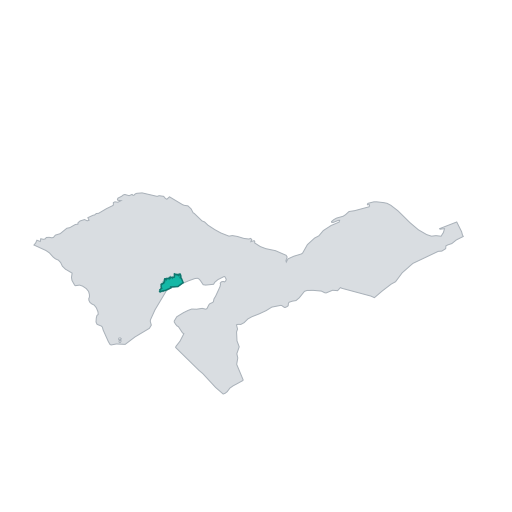 Mecanhelas, Niassa, Mozambique shown in context, rotated 245°
{"feature_id": "85939544B26392807278532", "entity_name": "Mecanhelas", "entity_type": "district", "adm_level": 2, "iso_a3": "MOZ", "parent_name": "Mozambique", "parent_adm1": "Niassa", "projection": "robinson", "projection_center": [36.247, -14.939], "detail": "fine", "context": "in_parent", "style": "filled", "palette": "teal", "viewbox_px": 512, "rotation_deg": 245, "n_neighbors": 0, "source": "geoboundaries", "source_scale": "gbopen_adm2", "svg_char_len": 6432}
<svg xmlns="http://www.w3.org/2000/svg" viewBox="0 0 512 512"><g transform="rotate(245 256 256)"><path d="M168.2,345.7L171.1,343.2L190.5,320.1L191.7,319.2L190.1,315.3L192.6,310.9L192.9,303.9L193.6,302.8L196.6,300.4L200.7,293.3L203.2,287.7L203.5,285.0L199.8,277.5L198.7,273.4L199.7,269.9L200.1,266.6L199.6,265.5L197.3,264.1L197.0,262.7L197.0,260.9L197.4,260.0L200.2,258.4L200.8,257.6L203.0,248.7L202.2,242.1L202.2,234.5L202.7,226.6L202.4,222.1L200.6,217.0L200.4,213.3L201.7,210.7L201.9,209.2L197.6,208.4L195.4,206.3L187.1,202.9L180.8,202.4L175.5,197.3L171.3,196.4L166.0,192.7L149.3,192.0L148.7,191.6L148.0,180.3L147.3,176.5L145.2,172.5L144.6,169.8L144.8,167.9L154.0,163.8L172.1,158.0L176.1,156.1L207.0,144.5L207.9,145.2L210.9,151.1L216.1,157.8L217.4,156.9L224.8,155.8L225.9,154.9L228.1,154.3L230.7,154.0L231.6,154.4L234.4,158.5L235.3,166.3L235.4,171.5L235.1,175.3L232.9,179.6L231.3,185.1L229.0,188.0L229.1,189.4L231.7,192.7L232.3,194.1L232.2,196.9L232.6,198.1L234.9,199.8L236.7,202.5L243.4,210.4L245.2,211.8L246.5,212.1L247.2,213.7L246.8,215.5L245.8,216.5L246.2,218.0L247.5,219.2L250.5,219.0L250.9,218.4L250.7,211.5L249.6,207.5L248.3,205.6L250.9,198.1L252.3,196.0L257.4,195.2L259.7,194.4L260.6,193.5L261.4,191.1L262.0,184.5L262.2,178.2L261.7,174.5L262.4,169.0L263.5,165.6L262.9,164.9L262.5,160.3L249.9,141.7L242.8,133.4L241.6,132.6L237.6,131.9L235.5,128.8L233.8,112.2L231.2,100.1L235.3,92.2L236.6,87.1L237.5,86.3L241.0,86.0L253.5,86.2L256.5,86.7L257.9,86.2L261.2,83.1L263.8,83.1L267.4,85.1L269.4,86.8L269.7,88.3L272.2,89.2L276.6,89.4L279.9,88.6L282.0,86.9L284.1,85.9L286.3,85.8L288.0,86.4L289.2,87.7L291.4,88.7L294.6,89.3L298.2,88.4L302.0,86.1L304.2,83.8L305.4,79.8L306.2,79.3L311.6,78.9L314.5,79.7L318.2,82.1L324.6,77.7L328.6,76.2L332.5,76.2L335.7,75.2L338.2,73.0L340.8,71.7L346.1,70.1L349.8,67.9L359.8,59.4L360.9,61.8L362.9,64.1L360.3,66.6L362.6,68.2L360.9,70.5L360.6,72.2L361.4,73.8L360.3,76.5L358.8,78.6L358.4,80.2L359.7,83.0L359.0,88.0L361.1,96.3L360.4,99.1L360.9,105.6L360.1,108.0L361.4,108.8L362.1,111.4L361.5,116.0L359.2,117.9L359.0,119.8L361.8,119.8L361.8,125.5L361.4,127.2L362.0,129.2L361.2,131.3L362.1,140.4L362.2,147.1L362.4,148.2L364.7,149.3L364.7,151.1L363.1,153.5L363.2,157.1L364.9,154.3L365.9,154.3L366.8,155.4L366.9,159.4L367.4,161.4L367.2,163.1L364.3,166.5L364.2,169.7L363.1,170.1L362.6,170.9L363.3,172.8L363.2,174.4L361.3,179.5L351.8,191.6L351.6,193.7L349.1,197.5L346.5,198.2L345.1,199.2L346.2,202.6L333.6,211.1L332.3,212.3L330.2,215.5L326.1,217.1L321.6,217.3L320.8,218.0L310.6,221.9L308.6,223.8L304.2,225.5L297.3,229.8L291.7,233.9L285.4,239.9L284.5,243.2L281.5,247.5L277.0,252.5L274.4,256.7L274.2,258.6L272.6,259.1L271.2,257.4L270.7,260.8L269.6,261.0L268.4,260.3L262.7,263.9L258.5,268.0L252.6,275.9L243.9,283.6L241.9,283.8L239.1,281.1L237.7,280.9L239.9,283.8L239.8,290.2L238.7,297.8L238.9,299.4L244.6,307.4L247.5,316.7L247.7,321.5L250.6,327.7L251.9,336.9L251.6,345.6L253.0,346.9L253.5,345.7L253.8,340.3L254.5,338.8L255.3,339.0L256.1,342.0L256.3,345.1L255.2,351.8L255.6,354.6L257.0,359.1L255.4,364.5L252.8,379.2L253.4,380.1L254.7,380.4L255.2,378.8L255.9,378.8L256.4,379.8L255.3,385.6L254.2,388.1L250.4,394.3L248.4,397.0L245.0,399.6L237.1,403.7L221.2,409.6L211.2,414.2L203.3,419.7L199.8,423.4L198.4,427.7L195.7,432.1L198.1,435.8L201.1,438.4L202.5,434.1L203.2,434.0L202.0,452.3L191.1,452.6L187.9,452.0L186.1,452.1L185.9,444.4L184.5,438.7L185.0,434.6L184.9,432.4L182.5,431.0L181.9,426.5L183.2,423.1L183.0,395.0L179.0,381.4L173.7,371.6L173.4,366.7L171.0,355.8L168.2,345.7ZM238.0,99.0L239.3,98.3L239.5,96.9L238.7,96.3L237.9,96.4L237.6,98.6L238.0,99.0ZM237.1,96.5L236.1,95.5L235.3,95.8L235.0,96.6L235.9,97.8L236.7,97.8L237.1,96.5Z" fill="#d9dde1" stroke="#a8b0b8" stroke-width="1"/><path d="M268.7,157.2L268.0,157.1L267.3,156.9L266.8,156.8L266.7,156.8L266.8,156.6L266.9,156.4L266.5,156.1L266.4,156.0L266.3,155.9L266.3,155.6L266.1,155.2L266.1,154.9L266.0,154.6L265.9,154.6L265.7,154.6L265.4,154.5L265.1,154.4L264.9,154.1L264.7,153.9L264.7,153.7L264.4,153.7L264.2,153.7L264.1,153.8L263.9,154.0L264.1,154.5L263.9,155.4L263.8,155.6L263.8,155.8L264.0,156.0L263.9,156.3L263.9,156.6L263.9,156.9L263.8,157.1L263.7,157.1L263.4,157.1L263.4,157.4L263.6,157.7L263.6,157.9L263.5,158.1L263.4,158.3L263.3,158.6L263.2,158.8L263.0,159.4L263.0,159.6L263.1,160.0L263.1,160.3L263.1,165.6L264.0,165.7L261.3,172.3L262.6,178.1L262.6,178.7L266.4,178.9L267.6,178.9L268.0,178.5L268.3,178.5L268.5,178.6L268.7,178.8L268.8,178.7L268.9,178.8L268.9,178.7L269.0,178.8L269.3,178.9L269.3,179.0L269.5,179.1L270.9,179.6L271.5,179.7L271.7,179.3L271.7,179.2L271.8,179.2L271.7,178.9L271.5,178.7L271.4,178.6L271.4,178.4L271.3,178.2L271.3,177.8L271.4,177.7L271.5,177.6L271.8,177.5L271.7,177.5L271.8,177.5L271.7,177.4L271.8,177.4L272.0,177.2L271.9,177.2L272.0,177.1L271.9,177.1L272.0,177.1L272.1,176.9L272.3,176.8L272.3,176.7L272.4,176.4L272.5,176.4L272.6,176.2L272.7,175.9L272.8,175.9L272.9,175.7L273.0,175.7L273.1,175.4L273.1,175.2L273.1,175.3L273.2,175.2L273.3,175.1L273.5,175.1L273.9,174.9L274.0,174.9L274.3,174.8L274.5,174.8L274.7,174.7L274.8,174.7L272.1,173.5L271.6,173.2L271.5,172.8L271.4,172.8L271.4,172.6L271.5,172.2L271.8,171.9L271.8,171.7L271.9,171.4L272.0,171.3L271.9,171.2L272.0,171.2L272.1,170.9L272.2,170.7L272.3,170.6L272.3,170.4L272.4,170.1L272.5,169.9L272.4,169.7L272.5,169.6L272.7,169.4L272.8,169.3L272.7,169.2L272.8,169.2L272.7,169.1L272.6,168.9L272.4,168.7L272.4,168.4L272.5,168.3L272.5,168.2L272.4,168.0L272.4,167.9L272.5,167.9L272.4,167.8L272.5,167.8L272.5,167.7L272.7,167.3L272.7,167.2L272.8,167.2L272.9,166.9L272.9,166.7L273.0,166.6L273.0,166.4L273.0,166.1L273.0,165.9L273.0,165.7L273.0,165.4L273.0,165.2L273.0,164.9L272.9,164.9L273.0,164.9L272.9,164.8L273.0,164.8L273.0,164.7L272.9,164.6L273.0,164.5L272.9,164.4L273.0,164.2L273.3,164.2L273.4,164.3L273.5,164.3L273.5,164.2L273.6,163.9L273.8,163.9L273.9,163.7L273.7,163.5L273.4,163.5L273.4,163.4L273.2,163.2L272.9,163.0L272.9,162.9L272.9,162.7L272.7,162.6L272.4,162.6L272.2,162.5L272.1,162.4L271.9,162.3L271.8,162.2L271.7,162.3L271.5,162.2L271.5,162.3L271.2,162.1L271.1,161.9L271.0,161.6L270.9,161.5L270.9,161.4L270.7,161.2L270.8,161.1L270.7,161.1L270.6,160.9L270.5,160.7L270.4,160.6L270.5,160.4L270.5,160.2L270.4,160.0L270.5,160.0L270.5,159.9L270.4,159.8L270.4,159.7L270.4,159.3L270.5,159.2L270.4,159.1L270.5,159.0L270.4,158.9L270.4,158.7L270.4,158.3L270.4,158.1L270.2,157.9L269.9,157.9L269.7,157.8L269.2,157.6L268.7,157.2Z" fill="#14b8a6" stroke="#0f766e" stroke-width="1.5"/></g></svg>